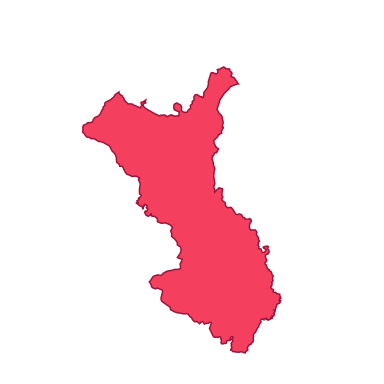 the district of Ambatolampy, Vakinankaratra, Madagascar, rotated 25°
{"feature_id": "10022922B90393204210047", "entity_name": "Ambatolampy", "entity_type": "district", "adm_level": 2, "iso_a3": "MDG", "parent_name": "Madagascar", "parent_adm1": "Vakinankaratra", "projection": "orthographic", "projection_center": [47.599, -19.422], "detail": "fine", "context": "isolated", "style": "filled", "palette": "rose", "viewbox_px": 384, "rotation_deg": 25, "n_neighbors": 0, "source": "geoboundaries", "source_scale": "gbopen_adm2", "svg_char_len": 6099}
<svg xmlns="http://www.w3.org/2000/svg" viewBox="0 0 384 384"><g transform="rotate(25 192 192)"><path d="M188.4,74.5L182.0,70.7L178.1,70.7L178.2,67.6L177.2,66.8L175.5,66.5L174.1,64.6L170.9,65.9L168.0,65.2L166.1,67.4L165.5,68.8L163.6,69.9L163.2,70.6L163.9,70.9L164.9,72.6L164.6,74.3L163.8,74.8L160.1,75.1L159.3,75.6L158.9,76.5L160.2,85.2L161.2,87.2L162.0,90.7L160.7,96.7L162.1,100.6L162.0,101.8L161.6,102.0L160.5,101.6L159.2,102.1L155.4,101.6L154.0,102.3L153.7,102.9L153.5,104.9L155.0,107.7L153.9,109.9L155.0,111.6L153.9,114.1L155.3,116.7L154.0,119.3L153.8,121.9L151.4,123.0L149.2,123.3L147.6,122.0L146.7,119.5L145.0,118.1L143.8,117.8L142.3,118.1L140.9,117.6L139.8,118.5L139.0,119.9L138.9,120.9L140.0,123.6L141.4,125.0L146.5,124.8L147.9,128.5L144.3,130.5L141.5,130.9L140.8,130.6L139.6,131.7L137.8,134.2L136.7,134.4L136.6,133.9L136.0,133.7L133.9,134.0L132.6,135.1L131.6,135.3L130.7,136.7L125.2,136.8L115.4,136.0L113.0,135.4L110.9,134.2L110.8,132.5L112.4,130.7L111.4,130.2L111.2,128.2L109.7,130.7L108.0,132.3L108.5,133.3L109.8,134.6L109.5,137.6L101.9,137.9L100.8,137.5L96.6,139.2L91.8,137.3L90.2,135.5L88.9,135.1L88.1,134.3L86.4,134.2L84.2,133.4L83.5,132.2L81.2,136.3L80.9,139.3L80.0,140.7L79.6,142.3L75.6,147.3L75.5,148.4L76.4,150.3L75.6,152.6L76.2,153.9L75.7,156.6L76.0,159.3L75.1,162.5L72.4,165.8L71.9,167.8L72.2,169.3L71.7,171.4L68.2,173.2L67.4,175.3L65.5,177.3L65.5,178.9L67.1,182.2L67.5,184.0L68.8,184.3L73.0,186.6L74.4,186.6L75.9,185.8L77.9,186.4L80.3,185.2L82.5,185.2L85.9,185.7L89.3,184.6L97.7,185.1L102.1,188.5L105.4,189.8L107.3,191.0L108.5,192.3L111.3,197.0L114.0,197.5L115.7,199.3L117.4,198.3L118.3,198.3L123.2,202.3L125.4,203.4L129.4,203.1L130.7,203.4L134.7,201.3L138.5,201.3L138.8,202.1L138.1,202.7L138.1,203.2L141.7,206.6L143.5,212.5L145.1,215.6L145.6,216.1L146.4,215.8L147.5,216.4L147.5,217.9L146.5,219.4L146.9,220.1L146.2,220.5L147.1,221.4L145.8,223.2L146.4,223.8L147.7,224.2L148.2,225.1L147.7,225.4L146.4,225.0L146.2,225.5L150.7,226.6L152.6,226.1L154.6,228.0L154.9,227.5L154.1,226.2L154.1,225.4L154.7,224.7L154.1,224.1L154.2,223.3L154.6,223.1L157.1,223.4L157.6,224.4L157.2,225.4L157.8,225.8L158.9,225.7L159.2,226.3L159.0,227.8L159.3,228.9L157.8,229.1L157.5,230.3L159.7,232.2L161.5,232.6L162.8,232.3L163.8,231.0L163.7,229.4L164.1,229.1L165.5,230.7L166.1,230.9L168.2,229.9L172.0,230.8L172.9,233.1L173.6,233.6L177.4,233.3L181.1,231.2L186.3,231.0L189.1,232.2L189.2,236.5L191.0,238.0L192.3,240.9L195.7,241.8L199.1,243.3L200.0,244.1L201.2,246.3L204.5,246.6L205.9,247.9L206.9,250.1L207.3,252.4L206.4,257.4L208.5,257.7L211.1,256.9L211.8,258.3L211.6,262.3L213.5,265.0L213.8,266.0L213.6,266.7L212.2,267.9L209.4,269.2L207.1,271.3L203.3,273.9L200.7,277.0L199.3,280.7L195.8,281.7L192.9,284.4L192.4,285.5L191.9,289.5L191.2,291.5L194.3,293.3L195.2,294.8L196.3,295.4L199.6,295.3L200.8,294.0L201.7,293.6L206.6,293.5L207.4,294.7L208.7,301.1L209.4,302.5L210.9,303.9L221.2,305.8L221.7,307.1L222.5,307.7L226.8,308.0L230.1,307.6L232.5,306.7L235.2,306.2L239.7,304.1L243.4,306.1L244.6,305.9L245.8,307.1L247.9,308.2L249.2,308.4L250.0,308.2L250.9,307.2L254.5,308.2L255.5,305.8L256.4,305.1L257.4,305.3L259.0,306.5L259.7,305.6L262.4,303.9L263.4,302.3L264.4,302.2L264.8,302.3L265.1,303.7L265.5,308.3L272.6,314.1L274.1,314.1L275.9,313.0L277.1,312.8L277.9,311.6L278.9,311.4L279.8,311.8L280.5,313.3L281.3,313.7L281.9,316.3L282.7,317.0L283.7,316.9L286.8,314.6L287.0,314.0L286.4,312.7L286.6,312.0L289.3,310.4L288.4,308.0L288.7,306.7L289.7,306.0L290.4,306.2L290.8,307.0L290.1,308.3L290.3,308.9L291.6,309.1L291.9,309.5L291.5,313.0L292.5,313.7L292.5,314.7L294.1,316.6L293.6,317.8L294.0,319.0L295.1,318.8L296.9,319.4L297.5,318.8L299.5,318.5L302.4,317.3L304.0,316.0L308.2,315.5L308.2,313.2L308.9,312.8L309.4,311.4L308.2,310.2L308.0,308.3L308.7,305.9L309.8,305.3L310.0,302.9L310.6,302.3L310.4,300.7L309.0,298.1L308.8,296.9L308.1,296.0L307.9,295.0L308.8,292.3L308.8,288.4L309.3,285.7L308.8,283.4L309.5,281.5L309.2,280.1L308.4,279.7L308.4,278.4L309.3,277.3L311.2,277.5L311.0,276.4L312.3,275.8L312.8,274.9L313.3,275.1L313.3,276.1L314.1,275.7L315.0,276.0L315.2,275.4L315.9,275.3L316.7,274.3L316.6,272.8L317.6,273.1L318.0,272.7L318.0,272.1L317.3,271.9L317.5,271.2L317.0,270.4L317.8,270.4L318.4,269.8L318.4,268.2L317.5,267.8L317.9,266.6L317.2,266.3L317.7,264.8L316.3,264.3L317.2,263.7L316.5,257.7L318.2,256.0L318.1,255.2L318.5,254.6L318.3,253.2L317.2,253.9L316.8,253.5L317.0,252.7L316.5,252.0L317.4,251.2L317.5,250.6L316.3,250.4L316.2,249.5L315.4,248.9L314.8,247.6L311.8,248.2L310.2,247.6L308.3,248.5L307.6,248.0L307.6,246.9L307.1,246.1L305.6,246.2L303.8,245.3L303.4,244.6L304.0,243.2L303.0,240.5L302.4,239.9L303.0,238.2L301.5,236.5L301.0,233.6L299.8,233.3L297.4,230.8L295.3,230.7L294.9,229.8L293.9,229.9L292.1,229.0L290.2,226.8L288.4,226.3L288.1,225.3L288.7,223.7L288.7,222.2L286.5,220.5L285.3,218.5L285.6,217.5L287.1,216.0L287.3,213.7L286.1,212.1L284.3,211.5L284.4,209.3L282.8,209.2L279.9,211.7L280.2,212.4L282.6,212.8L283.3,213.3L283.6,214.3L282.8,216.5L281.8,216.8L280.8,216.7L278.4,214.5L276.3,215.0L275.8,213.2L274.2,212.4L274.2,210.7L273.4,209.7L273.9,207.9L272.2,207.0L271.7,205.5L268.4,203.4L267.9,201.3L267.1,200.4L265.3,199.6L264.1,200.5L262.3,201.0L261.4,201.7L259.6,200.8L258.4,198.6L257.8,196.4L258.2,193.3L256.9,191.9L255.3,191.8L254.5,193.0L251.5,194.0L250.6,193.1L248.8,193.4L247.2,192.1L245.9,191.6L244.0,191.9L242.6,193.4L240.7,193.5L237.1,190.9L234.4,189.5L233.4,189.6L231.2,191.1L230.1,191.2L228.6,190.5L226.5,187.6L223.5,187.0L221.7,185.6L222.2,184.3L221.9,183.3L220.2,182.0L218.4,176.3L217.7,176.1L216.3,176.7L214.8,176.6L212.6,182.4L211.2,179.7L209.5,178.5L209.2,174.8L204.9,168.4L204.2,166.0L203.4,164.6L203.3,162.6L202.6,160.8L201.8,159.9L200.4,159.3L199.2,156.7L195.9,153.3L195.9,151.8L195.2,150.9L196.1,149.9L196.0,146.9L197.7,146.1L197.7,141.6L196.6,141.6L194.0,140.7L190.1,136.8L190.2,135.6L191.9,131.1L191.8,129.1L192.7,128.5L192.8,127.3L194.0,126.1L192.9,124.2L193.2,120.6L193.0,120.1L192.0,120.2L190.9,115.8L187.2,110.9L186.0,110.1L183.2,109.1L179.6,106.5L178.9,99.0L178.3,97.1L179.6,88.8L181.9,82.8L182.3,80.2L187.2,75.1L188.4,74.5Z" fill="#f43f5e" stroke="#9f1239" stroke-width="1.5"/></g></svg>